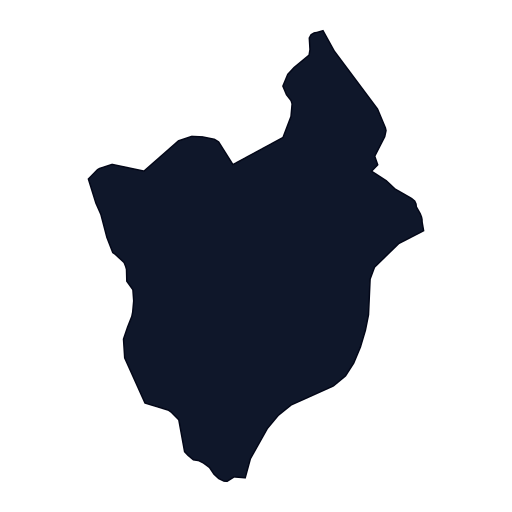 the District of Mongar
{"feature_id": "BTN-2490", "entity_name": "Mongar", "entity_type": "District", "adm_level": 1, "iso_a3": "BTN", "parent_name": "Bhutan", "parent_adm1": "", "projection": "albers", "projection_center": [91.21, 27.259], "detail": "fine", "context": "isolated", "style": "filled", "palette": "ink", "viewbox_px": 512, "rotation_deg": 0, "n_neighbors": 0, "source": "natural_earth", "source_scale": "10m", "svg_char_len": 1219}
<svg xmlns="http://www.w3.org/2000/svg" viewBox="0 0 512 512"><path d="M323.0,30.7L334.2,51.0L377.5,109.0L385.4,127.9L386.0,130.6L384.7,136.7L374.7,156.2L377.7,164.8L371.5,171.2L386.2,180.7L395.0,189.0L411.6,198.5L414.7,201.1L416.0,204.0L416.3,206.8L420.2,213.7L421.5,217.0L422.0,219.4L422.1,222.0L423.6,230.7L398.8,243.5L374.5,267.2L370.1,279.1L368.5,314.8L366.8,323.3L365.4,330.3L360.4,347.1L353.7,363.1L345.5,375.9L333.4,385.9L291.2,404.9L278.2,415.4L267.4,428.4L250.4,458.7L245.2,477.8L234.1,476.9L227.1,481.3L224.0,481.1L218.8,478.6L214.0,474.2L209.5,467.5L203.3,462.9L198.7,460.6L193.4,459.8L188.1,455.4L184.6,451.7L178.8,419.8L171.3,412.2L168.5,410.2L145.0,403.0L124.7,357.9L123.5,339.1L127.7,326.8L131.8,316.5L132.7,312.1L133.7,300.9L132.9,289.7L126.8,281.2L126.5,269.4L125.7,266.5L124.1,262.5L114.9,254.0L112.8,252.6L106.9,237.4L100.9,214.4L95.9,203.1L88.4,179.0L97.5,169.7L99.5,168.5L112.1,164.4L144.0,171.1L178.5,140.8L191.7,136.4L202.5,136.9L214.4,139.3L218.6,141.9L232.9,164.6L283.0,137.5L291.0,116.5L292.1,103.9L291.1,100.6L286.5,94.7L282.9,86.1L287.8,74.3L294.1,67.5L309.1,55.1L310.0,49.5L309.3,38.0L311.1,34.7L314.2,32.9L316.8,32.5L323.0,30.7Z" fill="#0f172a" stroke="#020617" stroke-width="1.5"/></svg>